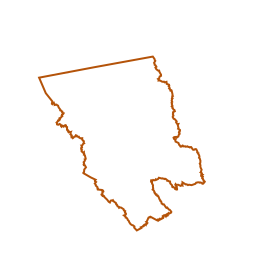 Snowy Monaro, New South Wales, Australia (Natural Earth projection), rotated 143°
{"feature_id": "25037944B85069153423068", "entity_name": "Snowy Monaro", "entity_type": "district", "adm_level": 2, "iso_a3": "AUS", "parent_name": "Australia", "parent_adm1": "New South Wales", "projection": "natural_earth1", "projection_center": [149.043, -36.421], "detail": "fine", "context": "isolated", "style": "outline", "palette": "amber", "viewbox_px": 256, "rotation_deg": 143, "n_neighbors": 0, "source": "geoboundaries", "source_scale": "gbopen_adm2", "svg_char_len": 5712}
<svg xmlns="http://www.w3.org/2000/svg" viewBox="0 0 256 256"><g transform="rotate(143 128 128)"><path d="M189.2,97.1L186.0,94.1L186.0,93.7L185.6,93.1L185.7,92.7L186.4,92.9L186.3,92.0L187.3,91.9L188.0,90.9L188.9,90.9L188.8,90.5L189.2,90.2L188.6,89.3L189.1,88.8L188.1,87.9L188.4,87.1L187.8,83.3L187.8,80.7L187.3,79.4L185.5,80.4L184.2,79.8L184.0,79.1L183.5,79.2L183.6,78.5L183.3,76.7L182.8,75.8L182.8,75.3L183.3,74.5L183.0,73.7L183.3,73.3L183.1,72.8L183.5,71.7L182.7,70.5L183.1,69.6L182.2,69.4L181.4,68.6L180.4,65.8L180.9,64.7L180.5,64.3L180.6,63.7L180.3,63.3L181.3,62.4L181.4,61.6L181.1,61.1L181.4,60.5L182.3,60.2L183.8,60.6L183.3,58.7L183.8,57.9L183.2,57.1L183.1,56.0L183.5,54.8L183.3,53.3L183.7,51.9L183.8,49.6L183.1,47.8L182.6,47.3L182.1,45.5L183.0,44.7L182.6,40.9L177.6,40.1L177.5,41.0L174.8,40.2L174.7,40.7L173.1,40.9L172.8,40.8L172.9,40.5L171.9,40.3L171.9,39.9L171.4,40.2L171.5,40.4L170.1,40.2L169.8,40.4L170.2,40.9L169.9,41.0L169.9,41.9L169.7,41.8L165.5,44.1L163.9,43.8L164.0,43.3L163.3,43.2L160.5,37.1L159.5,37.0L159.7,35.8L157.9,35.7L157.7,36.4L157.2,36.4L157.2,35.5L154.4,35.0L154.3,35.6L153.5,35.5L153.3,36.7L152.5,36.7L151.6,36.6L151.3,35.4L151.1,35.8L150.6,35.7L150.5,35.0L150.0,34.9L150.1,34.5L149.2,34.3L149.6,35.8L148.1,35.7L148.1,35.2L146.9,35.0L146.7,35.2L146.6,34.8L144.4,34.5L143.8,35.1L143.9,37.5L144.4,38.2L144.6,41.0L145.4,41.1L145.5,41.9L145.3,45.4L146.2,46.1L146.1,46.7L146.6,47.4L145.7,49.4L146.1,50.5L145.7,51.0L145.8,51.8L144.9,55.1L145.2,55.6L145.0,56.0L145.5,56.4L145.2,57.5L145.8,57.8L145.5,58.7L145.9,59.3L145.6,59.8L145.8,60.5L145.4,60.8L145.2,61.6L145.0,62.8L145.4,64.0L144.3,64.5L143.4,66.2L142.5,67.2L142.2,68.7L142.3,69.1L141.4,70.3L141.9,70.8L141.7,71.6L140.9,72.3L139.8,71.3L139.2,71.4L138.8,70.7L137.9,70.0L136.7,70.3L136.6,69.6L134.6,69.2L133.3,69.7L131.4,67.3L130.7,67.0L130.5,66.5L129.6,65.7L129.6,65.3L128.6,64.8L128.1,62.8L128.4,62.2L127.6,61.6L127.5,60.9L126.6,60.0L127.6,58.3L127.3,55.8L128.1,54.2L127.7,53.5L127.2,53.5L126.7,51.9L127.1,50.9L126.4,49.7L125.8,49.4L125.3,50.1L124.9,51.2L124.5,51.5L124.8,52.1L124.3,53.3L124.4,54.2L123.8,54.5L123.8,53.7L122.0,52.4L120.8,50.1L119.9,50.0L119.2,49.3L118.8,50.6L118.2,50.4L117.2,51.8L115.8,48.1L115.0,47.7L114.5,46.3L113.4,46.0L111.6,44.1L107.8,42.9L106.5,43.3L104.8,42.5L103.8,41.7L103.5,41.0L102.9,40.9L101.9,39.3L102.1,38.7L101.4,38.3L99.0,38.9L99.0,39.6L99.5,40.3L99.0,41.0L99.0,42.2L98.7,42.5L99.0,43.3L98.6,43.8L98.4,43.5L97.8,43.9L98.1,44.1L97.8,44.7L98.2,45.4L96.9,45.7L97.8,46.4L97.4,46.8L96.9,46.6L96.8,47.0L96.6,46.7L96.4,46.9L96.3,47.6L96.6,48.5L96.2,48.4L96.0,49.3L94.3,50.4L93.9,52.5L93.3,53.9L92.5,54.7L92.1,56.4L91.3,56.6L89.9,58.2L89.0,60.6L89.2,61.5L88.2,62.1L87.6,63.4L87.5,64.9L87.0,65.5L87.3,65.8L87.4,66.8L86.9,67.1L86.3,69.9L87.0,70.7L88.5,70.9L89.2,71.7L89.0,74.7L89.5,75.1L90.3,75.2L90.7,76.2L91.3,76.6L91.6,77.6L93.1,78.2L93.4,79.1L94.3,79.5L95.1,80.3L94.8,80.9L95.0,81.2L96.8,81.1L97.1,81.3L97.3,81.7L97.0,83.0L97.3,83.7L96.7,85.7L98.2,88.5L97.7,89.6L96.6,90.4L97.6,91.0L97.8,91.7L97.4,92.9L96.6,92.9L94.7,91.8L94.2,91.0L93.8,91.2L93.0,90.9L91.1,92.3L90.6,92.1L90.2,92.4L89.8,93.0L90.0,93.8L89.2,94.4L88.2,94.4L87.7,95.3L88.0,95.7L88.0,96.7L88.4,97.3L87.6,97.8L86.5,100.3L85.4,100.9L86.1,101.3L86.3,101.9L86.1,103.7L85.3,103.8L85.1,104.5L85.4,107.2L86.0,107.9L85.7,109.8L85.2,110.4L84.3,110.5L83.8,112.1L83.4,112.2L82.6,113.5L80.5,113.2L80.1,114.5L80.6,115.3L80.4,116.3L80.5,117.3L80.1,117.4L79.8,117.9L80.0,119.0L79.1,119.1L78.6,120.9L78.1,121.1L77.8,122.2L77.3,122.5L76.9,122.4L76.5,123.8L75.7,124.2L75.3,125.0L74.6,124.9L74.3,126.0L73.3,126.9L72.9,126.7L72.7,127.5L72.2,128.1L70.7,131.5L70.6,132.0L71.6,132.3L71.2,133.6L71.3,134.8L70.7,134.8L70.2,136.5L70.3,136.9L69.5,137.1L69.2,137.9L70.5,139.9L69.5,141.7L71.2,142.3L71.4,143.4L72.0,143.6L72.9,144.5L73.8,146.6L75.0,147.5L74.3,148.0L74.5,149.1L73.1,149.0L71.7,150.1L70.2,149.8L69.5,150.8L69.2,153.5L68.6,155.1L69.3,155.5L69.8,157.1L70.0,158.1L69.7,159.8L68.5,159.8L68.3,161.6L68.7,162.4L68.1,163.4L68.0,164.3L65.8,165.2L65.8,166.1L65.3,167.1L65.2,170.1L118.7,197.0L168.7,221.7L172.7,205.3L172.4,194.8L174.2,193.2L174.1,192.5L172.1,192.7L172.4,191.6L172.1,190.7L172.5,190.4L171.0,189.7L170.8,188.6L170.4,187.9L171.0,186.2L171.0,183.5L171.5,182.9L170.8,181.9L171.0,180.9L170.7,180.6L171.0,180.2L170.8,179.9L171.0,179.0L170.6,178.5L171.3,178.2L172.6,178.5L173.3,177.1L173.9,177.4L174.1,177.0L174.9,176.7L176.9,177.0L176.9,176.1L178.1,175.5L178.9,176.2L179.5,176.0L179.5,175.6L181.8,175.3L181.8,174.7L182.5,173.6L181.8,172.6L180.2,172.4L179.8,171.3L180.4,169.7L180.3,169.0L179.1,169.5L178.6,168.0L178.1,168.3L176.3,168.0L176.0,167.6L176.0,167.3L176.8,166.6L176.1,165.4L177.8,163.3L177.8,162.4L177.3,162.4L177.3,161.5L178.0,160.9L178.0,160.3L177.0,160.1L176.7,159.4L176.1,159.2L176.8,158.8L177.2,157.9L177.8,157.6L177.5,156.6L177.9,156.0L177.5,155.7L178.0,154.8L178.4,154.7L178.2,154.2L178.4,154.1L178.0,153.7L178.1,153.1L177.5,153.1L176.3,153.4L175.6,153.0L174.0,153.6L173.5,152.7L173.9,152.2L173.8,151.7L172.5,150.6L172.8,149.9L172.2,148.4L170.7,147.4L171.5,146.5L171.6,145.3L171.4,145.2L171.2,144.0L172.3,142.8L172.3,142.2L173.2,142.4L175.1,141.6L175.6,141.9L175.6,141.4L176.2,141.0L176.4,140.1L177.0,139.9L177.6,140.1L178.2,139.0L178.0,138.2L178.7,137.9L179.1,137.3L178.7,135.2L177.8,135.2L178.4,134.4L178.4,133.9L179.3,133.2L178.9,132.6L179.0,131.9L180.2,129.0L180.8,128.6L181.4,128.9L181.5,128.4L182.7,127.6L184.0,127.4L184.3,126.2L185.4,125.6L185.6,124.9L184.9,124.3L185.2,121.9L187.9,121.2L189.6,119.3L190.5,119.2L190.8,118.8L187.4,110.8L185.0,106.2L186.0,106.1L186.4,105.4L186.0,104.1L187.9,103.7L187.9,102.0L188.4,101.4L188.0,99.4L188.2,99.2L188.4,98.0L188.9,97.9L189.2,97.1Z" fill="none" stroke="#b45309" stroke-width="2"/></g></svg>